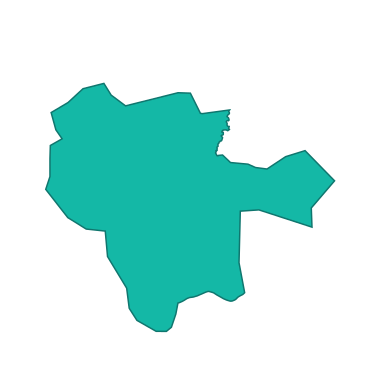 outline of Bayangol, Selenge, Mongolia, rotated 255°
{"feature_id": "93677404B52017503801889", "entity_name": "Bayangol", "entity_type": "district", "adm_level": 2, "iso_a3": "MNG", "parent_name": "Mongolia", "parent_adm1": "Selenge", "projection": "orthographic", "projection_center": [106.206, 48.94], "detail": "fine", "context": "isolated", "style": "filled", "palette": "teal", "viewbox_px": 384, "rotation_deg": 255, "n_neighbors": 0, "source": "geoboundaries", "source_scale": "gbopen_adm2", "svg_char_len": 3064}
<svg xmlns="http://www.w3.org/2000/svg" viewBox="0 0 384 384"><g transform="rotate(255 192 192)"><path d="M261.2,63.5L243.7,58.8L232.4,51.4L199.4,65.4L183.6,80.2L176.7,98.1L151.5,93.7L116.0,104.0L97.8,101.5L97.5,101.5L97.1,101.4L96.4,101.3L95.7,101.3L82.2,105.6L66.7,121.3L64.0,131.2L66.7,137.1L78.3,144.8L88.4,149.7L88.4,151.3L88.9,154.4L89.4,156.4L90.0,158.3L90.4,159.6L90.6,161.4L90.7,162.4L90.4,164.5L90.2,166.3L90.3,168.4L90.3,170.1L90.8,173.3L91.0,174.8L91.3,176.7L91.7,179.4L91.8,181.2L91.7,182.3L91.4,182.9L90.7,184.1L89.7,185.8L88.8,187.0L86.2,189.3L83.0,192.6L81.7,193.9L80.8,194.8L80.3,195.4L79.4,196.6L79.0,197.0L78.2,198.2L77.3,199.7L76.8,200.5L76.6,201.0L76.4,202.0L76.3,202.8L76.5,204.2L76.6,205.1L76.8,205.9L77.0,206.5L77.4,207.2L78.0,208.2L78.6,209.3L79.0,210.6L79.3,211.8L79.6,213.2L79.7,213.8L79.9,214.6L81.1,216.8L111.5,219.1L161.0,233.7L157.4,252.0L127.0,298.8L145.7,303.1L165.9,332.6L202.7,311.9L201.9,291.6L194.8,270.4L199.2,259.7L204.4,253.3L210.5,236.8L219.8,231.1L220.5,227.2L220.3,226.9L220.3,226.3L220.4,226.0L220.6,225.6L220.9,225.4L221.4,225.4L221.9,225.4L222.4,225.2L222.7,225.1L222.9,224.9L223.3,224.9L223.8,224.9L224.1,225.2L224.4,225.6L224.7,225.8L225.0,225.7L225.3,225.7L225.6,225.7L225.7,225.9L225.8,226.1L225.7,226.5L225.6,226.8L225.7,227.0L225.9,227.1L226.3,227.2L226.8,227.2L227.1,227.3L227.4,227.5L227.7,227.6L228.1,227.6L228.5,227.6L229.0,227.9L229.1,228.3L229.2,228.6L229.4,228.9L229.6,229.1L230.0,229.1L230.6,229.2L231.1,229.3L231.5,229.4L231.7,229.6L231.8,230.0L232.1,230.5L232.5,230.7L232.7,230.8L233.0,230.9L233.2,231.1L233.3,231.5L233.3,231.8L233.5,232.1L233.7,232.3L233.9,232.6L233.9,233.0L233.8,233.3L233.8,233.6L233.9,233.8L234.2,234.1L234.5,234.3L235.3,234.8L235.7,235.1L236.1,235.3L236.4,235.5L236.6,235.6L237.0,235.5L237.6,235.2L238.0,234.9L238.4,234.7L238.7,234.7L238.9,234.9L239.1,235.2L239.1,235.5L239.1,236.2L239.2,236.5L239.3,236.9L239.7,237.2L240.2,237.3L240.8,237.5L241.3,237.6L241.5,237.6L241.6,237.1L241.7,236.8L241.9,236.5L242.1,236.4L242.4,236.5L242.7,236.6L243.0,236.9L243.3,237.3L243.7,238.0L243.6,239.2L243.1,241.2L242.1,242.1L242.0,242.3L242.0,242.7L242.2,243.0L242.6,243.3L242.5,244.0L242.7,244.4L242.9,244.4L243.4,244.1L243.7,243.9L244.1,243.8L244.6,244.1L245.1,244.6L245.3,244.8L245.6,244.9L245.8,244.8L245.9,244.1L246.1,243.8L246.4,243.4L247.0,243.2L247.8,243.2L248.2,243.4L248.8,243.6L249.3,243.7L250.1,243.4L250.9,243.3L251.2,243.4L251.5,243.7L251.7,244.3L251.8,244.7L251.8,245.0L251.5,245.4L251.4,245.8L251.6,246.1L251.9,246.4L252.4,246.5L253.2,246.5L254.2,246.4L254.9,245.9L255.4,245.5L255.6,245.4L255.8,245.4L256.1,245.4L256.3,245.8L256.7,246.2L257.2,246.6L257.4,247.0L257.5,247.4L257.7,247.8L257.8,248.1L258.1,248.4L258.9,248.6L259.4,248.6L259.9,248.5L260.2,248.3L260.3,248.3L260.6,248.3L260.9,248.5L261.2,248.9L261.3,249.1L261.3,249.3L261.4,249.5L261.5,249.6L265.0,222.3L265.8,220.5L287.9,216.0L291.5,204.2L292.4,150.1L306.5,139.0L319.7,135.0L320.0,113.5L310.5,95.4L305.2,76.5L287.3,76.6L277.0,80.3L273.6,67.2L261.2,63.5Z" fill="#14b8a6" stroke="#0f766e" stroke-width="1.5"/></g></svg>